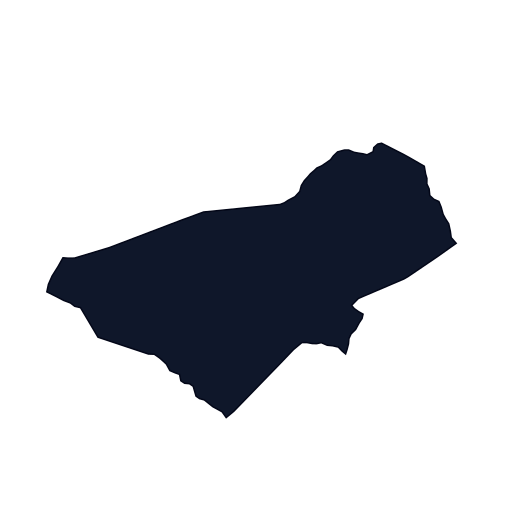 the district of Itaquara, Bahia, Brazil, rotated 297°
{"feature_id": "56859067B54968258878659", "entity_name": "Itaquara", "entity_type": "district", "adm_level": 2, "iso_a3": "BRA", "parent_name": "Brazil", "parent_adm1": "Bahia", "projection": "orthographic", "projection_center": [-39.89, -13.439], "detail": "fine", "context": "isolated", "style": "filled", "palette": "ink", "viewbox_px": 512, "rotation_deg": 297, "n_neighbors": 0, "source": "geoboundaries", "source_scale": "gbopen_adm2", "svg_char_len": 1518}
<svg xmlns="http://www.w3.org/2000/svg" viewBox="0 0 512 512"><g transform="rotate(297 256 256)"><path d="M271.4,189.3L258.4,177.3L254.9,174.0L196.9,121.5L171.7,95.2L168.7,89.4L166.8,84.8L156.6,84.4L145.7,83.4L136.5,83.9L129.1,85.9L129.2,96.9L129.1,104.8L129.9,112.0L128.9,117.3L130.3,123.1L111.9,152.1L119.8,204.6L122.3,210.0L121.4,216.3L120.4,220.2L119.0,225.2L114.8,231.3L115.2,237.2L115.8,241.6L110.7,245.7L110.2,250.2L112.0,254.7L111.4,259.2L107.4,262.9L103.9,266.2L103.3,270.5L104.3,275.3L102.9,282.1L102.1,286.0L102.0,290.5L101.8,296.5L98.5,302.8L107.5,306.7L170.4,326.1L185.7,330.7L189.7,331.9L199.7,336.2L202.0,340.7L203.5,345.8L205.4,349.8L208.4,353.5L208.8,360.0L210.8,365.0L212.2,370.7L210.4,375.9L209.4,380.3L213.9,379.6L219.7,378.3L224.6,376.3L229.7,376.1L235.7,378.1L243.5,378.3L248.4,378.9L252.8,377.8L253.0,372.6L253.8,367.4L255.4,363.6L264.6,366.5L268.9,370.0L289.0,386.8L302.8,398.3L306.5,400.7L338.1,418.1L358.2,428.6L361.0,421.6L366.2,418.0L372.2,413.1L375.4,407.7L378.1,403.8L383.6,398.8L387.6,394.2L387.3,388.7L388.8,383.4L394.4,379.8L397.8,375.5L402.7,373.1L406.1,369.9L412.4,365.2L413.3,347.6L413.5,341.1L413.5,316.7L411.0,313.6L406.1,311.7L402.1,313.0L396.6,309.0L395.6,304.7L394.2,300.6L392.9,296.2L392.5,290.5L390.5,286.6L385.8,281.4L380.3,279.5L375.6,278.7L370.3,275.9L365.9,273.4L362.1,270.3L358.4,269.0L354.1,267.2L350.2,266.3L345.2,264.9L339.4,264.4L333.4,265.7L326.5,263.8L320.3,259.4L316.4,257.2L312.9,254.1L271.4,189.3Z" fill="#0f172a" stroke="#020617" stroke-width="1.5"/></g></svg>